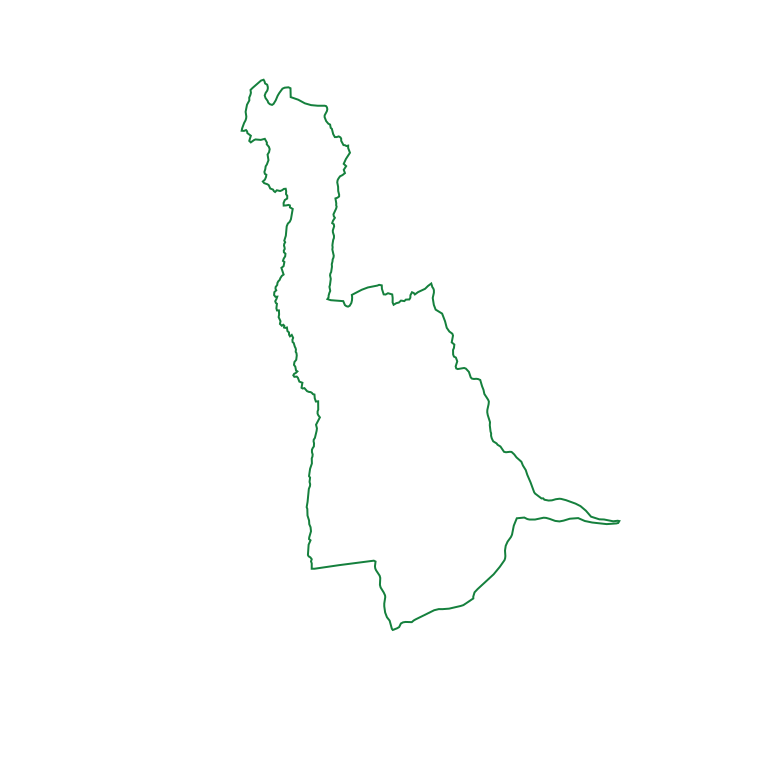 Kandara, Central, Kenya (Equal Earth projection), rotated 33°
{"feature_id": "3690345B86008432218279", "entity_name": "Kandara", "entity_type": "district", "adm_level": 2, "iso_a3": "KEN", "parent_name": "Kenya", "parent_adm1": "Central", "projection": "equal_earth", "projection_center": [37.007, -0.881], "detail": "fine", "context": "isolated", "style": "outline", "palette": "green", "viewbox_px": 768, "rotation_deg": 33, "n_neighbors": 0, "source": "geoboundaries", "source_scale": "gbopen_adm2", "svg_char_len": 6165}
<svg xmlns="http://www.w3.org/2000/svg" viewBox="0 0 768 768"><g transform="rotate(33 384 384)"><path d="M537.0,568.6L537.7,566.2L538.6,564.4L549.3,546.4L552.6,542.9L555.5,541.1L561.0,536.9L569.2,528.4L571.0,526.2L575.7,515.2L574.7,513.8L573.4,509.4L574.2,505.0L579.6,483.9L580.7,474.3L581.0,466.1L580.5,464.2L579.5,462.2L576.2,457.8L574.2,453.4L573.5,448.9L573.8,443.2L573.4,440.6L570.0,432.1L568.5,424.3L574.4,419.6L577.8,419.2L579.9,418.4L584.4,415.5L590.7,409.2L592.9,408.0L596.4,406.9L602.1,405.6L606.0,403.7L609.0,400.8L613.2,395.8L619.9,390.7L627.1,389.5L629.1,388.7L634.0,386.8L647.1,380.2L654.8,374.4L656.1,373.0L656.0,370.8L654.5,371.4L651.0,374.3L642.3,377.8L638.3,380.2L629.9,382.5L622.3,380.3L615.3,379.4L609.8,380.0L599.9,382.3L595.1,383.9L593.6,384.7L590.8,387.1L588.2,390.1L585.5,392.1L581.5,393.7L579.9,393.2L578.4,394.2L570.4,393.6L568.9,393.0L560.5,386.7L553.6,382.1L549.8,379.0L544.9,376.7L541.6,374.4L535.1,373.4L531.5,372.1L528.0,371.5L526.5,372.3L523.5,374.8L521.6,375.5L515.7,373.0L512.3,373.1L510.8,372.5L506.8,372.6L504.0,370.9L502.0,369.1L500.7,367.0L499.3,365.9L495.2,361.0L493.7,358.3L487.9,353.5L486.0,351.5L484.8,349.5L482.7,343.9L481.5,341.6L479.9,340.5L473.6,337.7L470.6,334.7L467.5,332.5L462.5,328.2L460.2,328.6L458.5,329.4L456.7,330.8L454.8,331.6L453.1,331.2L448.6,327.6L444.3,326.5L442.5,326.9L437.7,331.3L436.1,331.6L434.5,330.2L433.1,325.1L429.9,322.7L427.7,322.9L425.9,321.6L423.4,317.9L423.0,315.6L421.5,312.6L418.1,312.2L415.5,305.8L413.9,304.6L410.2,304.4L406.0,302.7L401.1,298.2L394.4,293.3L386.8,293.5L382.7,290.5L378.0,285.3L376.1,280.2L374.7,278.1L373.3,277.0L371.9,276.5L368.9,274.0L367.5,277.8L366.6,281.8L362.5,288.4L361.1,292.1L359.5,291.5L357.5,291.8L357.8,295.1L359.1,297.3L359.2,299.3L356.4,301.3L355.9,303.4L352.8,304.8L352.1,307.6L350.3,309.5L348.9,312.3L346.8,310.9L344.4,307.1L342.1,304.4L337.9,305.7L336.6,308.1L334.9,309.0L330.4,305.3L328.4,302.5L325.9,303.5L324.9,305.0L317.9,311.8L314.0,317.1L308.5,326.8L310.0,328.5L311.5,331.1L312.5,333.9L312.6,337.1L311.7,338.7L310.1,339.2L308.2,339.1L304.7,336.7L293.7,342.7L290.3,343.6L290.3,341.5L289.4,340.0L288.6,337.5L288.2,335.2L285.3,332.2L284.8,330.5L282.1,324.8L279.6,322.3L278.9,320.7L278.7,318.9L276.5,314.0L274.9,311.9L274.1,309.4L273.1,307.5L272.8,305.6L272.0,303.8L267.4,299.3L266.4,297.2L265.3,296.0L264.5,294.4L262.9,290.8L262.5,288.9L261.4,287.0L258.4,284.5L257.4,283.0L256.3,278.9L254.9,277.4L252.9,277.3L252.3,274.8L252.3,271.4L250.5,270.6L249.2,269.2L248.3,262.9L247.7,261.1L246.5,260.1L245.6,258.5L242.2,254.8L243.5,253.1L244.2,251.2L243.3,249.7L240.5,247.1L238.1,243.6L235.0,240.4L234.1,238.4L233.9,236.6L234.0,233.8L235.4,231.4L236.4,228.4L233.6,226.3L233.6,221.9L230.3,221.3L229.5,216.0L229.5,208.6L225.4,205.6L224.1,203.6L222.9,204.9L221.2,205.0L219.9,205.7L215.7,203.4L214.4,201.5L213.1,200.9L211.2,201.0L209.8,202.7L208.3,203.7L205.3,202.1L201.3,198.4L199.8,198.2L197.5,195.8L195.5,196.0L192.3,195.0L188.8,192.5L187.9,191.0L187.5,186.3L186.8,184.4L185.5,183.1L184.2,182.5L182.7,182.9L176.7,186.8L171.0,189.8L164.8,191.7L157.2,192.3L149.5,194.2L144.5,186.9L142.3,187.2L139.3,189.6L138.0,191.6L137.7,196.9L137.8,200.1L138.7,205.1L138.8,209.3L138.1,210.9L135.8,211.5L133.7,211.1L132.1,209.9L128.9,208.7L126.8,207.0L126.2,204.3L126.3,201.5L125.7,199.6L124.8,198.2L123.0,196.6L120.6,196.7L119.0,195.3L117.3,194.4L115.6,196.5L112.5,207.3L111.9,210.1L113.8,212.3L114.5,214.4L115.0,217.2L116.6,219.5L117.0,224.4L119.7,231.1L122.9,234.7L123.7,236.3L124.3,238.4L124.5,241.2L125.8,246.9L126.7,249.1L128.7,248.0L130.0,246.2L131.6,246.7L132.8,248.0L137.1,248.3L138.6,253.5L140.7,253.9L142.1,250.3L143.0,248.9L147.7,246.4L150.5,243.3L154.3,245.3L155.1,246.8L158.3,247.8L160.2,249.3L161.3,252.1L161.4,255.0L165.2,259.2L166.2,263.7L166.2,265.9L167.4,268.4L168.2,271.3L169.6,272.6L171.4,272.6L172.3,274.7L172.8,277.4L172.1,280.2L174.1,280.8L177.4,280.0L179.0,280.0L182.1,282.0L185.0,281.4L186.6,282.2L188.1,282.3L188.6,279.9L191.8,278.7L193.0,277.0L193.8,274.9L195.2,273.8L196.9,275.5L198.4,278.1L200.4,278.9L201.8,281.2L200.6,283.7L201.2,286.9L202.7,289.0L204.7,287.5L206.4,285.8L207.8,285.5L208.9,287.1L212.1,286.9L216.2,296.5L216.6,299.2L216.0,301.8L216.5,304.7L220.9,313.1L222.3,318.1L223.9,318.9L224.0,320.8L224.8,322.5L226.0,323.4L227.2,324.8L227.3,326.7L228.3,328.0L230.4,328.4L231.6,330.8L231.6,333.4L232.2,335.8L234.0,335.9L235.6,339.9L234.7,342.5L240.2,346.9L239.4,349.0L239.4,351.5L239.8,353.7L239.4,355.5L239.6,357.3L240.5,359.1L240.3,361.7L241.2,363.3L242.6,364.1L242.0,366.7L243.4,369.3L245.5,370.0L246.9,368.9L247.5,371.3L247.7,373.8L249.1,374.9L250.5,375.0L252.5,379.1L254.2,380.6L255.8,379.5L258.2,382.9L259.2,385.3L263.0,387.7L264.0,390.3L266.6,390.8L267.2,389.2L268.6,389.4L269.4,391.1L270.7,390.7L271.8,389.5L274.2,392.2L276.2,392.5L277.6,394.4L279.2,395.2L279.9,393.1L282.7,394.8L283.1,396.8L284.5,398.6L286.0,398.8L288.9,401.3L290.2,402.0L291.4,403.1L292.4,405.1L293.8,405.8L295.3,407.6L297.2,411.5L296.9,414.3L298.1,417.0L300.2,417.8L302.9,420.6L304.5,420.6L304.1,422.6L303.1,424.4L303.2,426.1L304.9,426.8L306.8,425.3L308.4,425.7L311.7,428.1L314.9,427.4L316.9,432.1L318.2,432.1L319.5,430.8L323.4,431.9L325.4,431.5L326.8,430.8L328.1,430.7L330.0,431.2L331.4,430.7L333.7,433.7L336.4,435.8L338.2,434.4L342.8,441.3L343.2,443.1L344.4,445.0L345.9,446.0L348.4,446.9L349.2,455.2L351.9,457.7L353.0,460.0L355.4,466.8L355.4,469.0L356.3,470.6L357.6,471.8L359.2,474.6L359.1,476.5L359.4,478.4L360.7,480.4L362.5,481.9L363.5,483.8L363.9,485.7L366.8,489.9L368.2,495.4L371.3,502.1L373.0,502.8L374.9,506.7L376.6,508.2L377.5,509.9L378.1,512.9L384.1,524.5L386.2,529.4L387.7,530.5L391.5,536.0L395.5,539.3L397.7,542.3L400.4,544.1L403.0,547.3L404.8,553.3L405.6,554.9L407.5,555.1L408.3,559.8L413.3,568.8L414.7,569.6L416.6,569.5L418.8,570.3L419.4,572.5L421.1,573.8L424.0,578.3L426.2,576.9L445.1,560.3L471.7,537.7L473.6,537.5L475.7,541.8L477.2,543.5L478.9,544.6L484.7,547.1L486.5,548.7L490.0,554.7L492.0,556.5L497.3,559.0L500.0,560.7L501.1,562.0L503.8,568.0L505.3,570.3L509.4,575.0L513.5,578.0L517.6,579.4L523.9,585.0L525.3,585.5L528.0,581.8L529.1,579.6L528.6,575.7L529.8,573.5L531.7,571.8L537.0,568.6Z" fill="none" stroke="#15803d" stroke-width="2"/></g></svg>